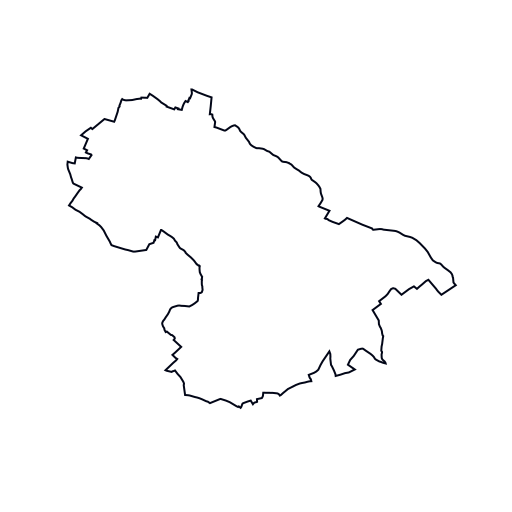 Craiesti, Mures, Romania (Equal Earth projection), rotated 10°
{"feature_id": "2599482B4139853337190", "entity_name": "Craiesti", "entity_type": "district", "adm_level": 2, "iso_a3": "ROU", "parent_name": "Romania", "parent_adm1": "Mures", "projection": "equal_earth", "projection_center": [24.443, 46.747], "detail": "fine", "context": "isolated", "style": "outline", "palette": "ink", "viewbox_px": 512, "rotation_deg": 10, "n_neighbors": 0, "source": "geoboundaries", "source_scale": "gbopen_adm2", "svg_char_len": 6100}
<svg xmlns="http://www.w3.org/2000/svg" viewBox="0 0 512 512"><g transform="rotate(10 256 256)"><path d="M457.8,250.1L455.7,248.4L455.1,247.8L453.8,243.1L453.2,242.3L453.0,241.4L452.1,239.9L450.5,238.3L447.5,236.7L443.7,234.9L442.2,234.0L439.8,232.1L438.4,231.4L435.8,231.4L434.7,231.2L433.4,230.7L430.9,229.6L429.3,228.0L428.5,227.2L424.4,222.2L421.1,219.3L415.0,214.9L411.2,212.6L406.7,210.9L404.3,210.5L400.7,210.3L399.1,210.2L397.1,209.6L393.2,208.0L391.3,207.5L389.7,207.2L387.9,207.2L377.0,207.9L375.2,207.7L373.0,208.0L367.0,209.8L366.4,209.7L365.5,208.7L355.3,206.7L339.0,202.7L337.4,204.8L335.6,206.7L332.1,210.2L325.5,209.1L321.1,208.0L320.7,207.6L319.9,207.2L318.9,207.2L318.5,207.3L317.3,207.0L320.5,198.7L309.7,196.4L308.9,196.1L310.3,193.0L311.7,189.3L311.7,188.1L311.2,186.8L309.1,183.2L308.5,181.5L308.0,179.5L307.8,178.7L306.5,177.0L305.2,175.7L303.1,174.0L301.8,173.2L299.5,172.1L297.7,171.3L297.2,170.8L296.2,169.3L295.4,168.6L294.2,168.0L292.8,167.6L289.1,166.9L286.7,166.1L285.4,165.5L283.5,164.4L281.1,163.5L278.7,162.5L278.1,162.2L275.4,160.1L274.5,159.6L272.6,159.0L272.5,158.8L269.6,158.3L266.5,158.5L265.3,158.4L264.2,157.7L261.2,155.4L260.1,154.7L258.2,154.1L256.2,153.7L255.2,153.4L251.1,151.0L248.6,150.6L245.4,149.4L243.9,149.2L240.5,149.3L238.1,149.7L237.2,149.6L234.5,148.8L232.2,147.8L230.9,146.9L230.3,146.3L229.3,144.8L225.4,141.3L223.4,138.7L222.7,138.1L219.9,136.5L218.7,135.6L217.4,133.7L216.5,132.8L215.4,132.1L212.6,130.9L211.3,131.4L209.8,132.3L208.5,133.3L204.7,137.2L203.7,137.9L202.8,137.9L194.9,136.4L192.7,136.2L192.5,131.1L192.2,130.5L189.8,127.8L189.0,126.5L188.4,124.3L187.0,124.1L185.9,124.4L185.4,116.3L184.7,107.5L180.0,106.8L170.1,104.9L164.1,103.1L163.5,103.2L164.5,106.4L164.6,106.9L164.6,107.9L163.7,112.1L163.0,111.9L162.7,113.4L162.2,115.2L162.6,115.3L162.1,116.3L159.7,115.6L158.7,117.9L158.2,119.7L157.8,121.8L157.5,125.0L153.7,125.0L153.9,124.2L150.8,123.7L150.0,125.8L142.0,124.4L141.9,123.6L135.9,121.2L134.7,120.3L131.9,118.7L126.5,116.1L123.1,114.7L121.5,119.1L115.6,119.9L115.5,121.1L114.4,121.2L111.1,122.2L107.5,123.7L106.6,124.0L102.3,125.0L101.0,125.3L99.2,125.3L97.8,125.1L97.0,124.7L96.4,126.0L96.0,128.9L95.4,131.6L95.7,132.5L94.8,134.1L94.8,136.2L94.7,138.2L93.4,146.9L93.0,148.4L83.0,147.4L72.8,159.4L71.1,158.4L66.6,162.8L63.6,166.5L62.8,167.5L70.1,169.8L67.7,180.1L71.3,181.2L70.5,183.6L72.7,184.2L75.9,184.6L76.5,185.2L74.5,189.5L73.0,189.2L71.5,189.2L64.1,190.2L62.7,190.3L61.5,190.2L61.4,196.3L59.0,196.4L54.2,195.8L54.4,198.8L55.4,201.9L56.0,203.2L58.9,207.8L60.2,210.6L61.2,212.3L62.6,215.1L63.2,216.0L63.7,216.4L72.6,218.9L71.8,220.6L70.9,221.8L69.2,225.3L67.5,229.0L66.5,230.9L65.6,233.5L64.2,236.1L63.1,238.7L66.5,239.9L70.2,241.8L74.5,243.1L78.1,244.9L80.6,246.3L81.8,246.8L85.9,248.2L87.4,249.0L90.8,250.4L93.6,251.1L93.4,251.5L96.5,253.0L98.5,254.4L101.6,257.3L105.1,262.0L109.6,267.3L110.5,268.7L111.8,270.4L114.5,270.9L121.0,271.7L126.1,272.3L128.9,272.4L134.4,273.0L136.0,272.7L146.9,269.1L148.9,262.9L152.8,260.8L153.2,258.0L153.9,258.0L154.0,254.3L156.2,254.7L157.9,246.9L158.3,246.8L160.8,247.9L165.4,250.2L168.4,251.3L170.2,252.1L172.1,253.2L173.6,255.0L175.3,256.2L176.1,257.2L176.5,258.0L179.2,260.9L179.8,261.4L180.4,261.7L183.4,262.7L184.2,263.1L185.7,264.3L186.0,264.9L186.5,265.3L188.1,266.4L192.1,268.7L195.1,270.8L196.3,271.8L199.1,274.5L199.4,274.4L201.0,275.4L201.6,275.2L202.2,275.5L202.4,275.9L202.3,276.4L202.6,278.5L203.2,280.8L203.5,281.8L204.6,283.5L206.5,285.8L206.4,286.0L206.7,287.0L206.6,287.8L206.4,288.3L206.5,288.7L207.0,289.0L207.0,290.3L207.5,293.0L207.8,294.1L208.4,295.2L208.6,296.2L209.3,298.7L208.9,301.1L208.1,301.8L207.6,302.1L205.9,302.4L206.2,307.9L206.4,308.4L206.4,309.0L206.4,310.2L206.2,310.6L203.8,313.3L201.7,315.3L199.1,317.3L194.2,317.6L191.4,318.0L189.0,318.1L187.5,318.5L184.1,320.2L182.8,320.9L181.9,321.6L181.0,322.9L180.7,323.6L180.2,326.0L179.3,328.7L177.7,332.1L176.7,334.6L176.0,335.7L175.6,336.8L175.3,338.2L175.4,339.0L175.7,339.7L176.5,341.2L177.5,342.4L178.2,343.1L178.7,344.6L180.3,346.6L181.3,345.9L185.9,348.5L187.2,348.5L189.8,350.1L190.3,351.1L190.1,352.0L189.5,353.0L198.1,358.5L193.1,365.2L190.9,367.9L194.4,370.3L196.3,371.1L195.4,372.7L193.1,375.5L186.7,384.2L187.8,384.5L193.1,384.8L193.3,384.5L193.7,384.1L194.9,383.6L196.1,382.8L199.3,385.8L202.6,388.3L206.2,392.4L207.2,394.0L207.3,394.7L207.2,395.6L210.3,405.2L213.4,404.9L215.0,404.9L220.4,405.5L222.6,405.6L225.0,405.9L227.8,406.5L232.3,407.7L233.8,407.8L236.2,408.9L245.1,403.3L246.0,402.9L251.4,403.6L255.5,404.5L262.8,407.3L264.6,407.8L265.2,407.1L267.2,408.2L267.7,407.2L267.9,406.1L268.1,404.8L268.4,403.7L268.9,403.2L273.0,400.8L275.9,399.3L278.7,402.5L279.4,401.2L279.8,400.8L280.2,400.5L282.2,399.6L282.4,399.4L281.8,396.8L286.4,394.9L287.0,393.3L287.1,392.3L286.9,389.4L296.2,387.9L300.8,387.6L302.0,387.9L303.0,388.5L303.7,389.3L304.7,388.5L306.4,386.3L310.6,381.4L317.7,376.1L321.2,374.0L323.1,373.2L326.3,372.0L328.1,371.1L330.2,370.2L332.2,369.7L331.6,368.3L331.0,367.4L330.5,367.1L329.8,366.2L328.6,363.9L333.4,361.0L335.4,359.3L337.1,357.2L338.5,352.1L339.9,348.1L344.8,337.2L346.2,339.6L346.8,342.3L347.0,344.2L348.8,350.2L349.9,351.4L352.7,355.3L354.8,358.7L355.3,360.3L359.8,358.2L364.0,355.9L367.6,354.6L373.0,350.6L365.4,347.1L366.8,342.0L369.6,337.5L372.6,330.6L375.4,329.2L376.3,328.9L377.1,328.7L377.7,328.8L380.6,330.2L385.8,332.5L387.9,333.7L389.4,334.8L390.0,335.4L390.9,336.5L392.1,337.2L395.9,338.5L396.6,338.5L399.7,339.1L402.3,339.3L401.9,338.5L400.9,337.5L398.6,336.1L398.0,335.4L397.5,334.5L396.8,331.4L396.8,330.2L396.9,329.4L396.8,328.8L396.6,328.3L396.2,328.0L395.8,327.4L395.4,323.3L395.5,320.8L395.2,315.2L395.2,312.8L394.5,312.2L393.6,310.2L393.2,308.7L392.6,307.3L391.2,305.0L390.4,304.2L388.9,301.8L388.1,298.2L380.2,289.0L387.3,281.5L385.1,279.1L390.4,273.3L391.2,272.2L392.3,270.5L393.5,267.7L394.8,265.1L396.6,263.9L398.9,264.1L406.0,268.9L412.5,262.0L416.8,258.5L420.2,260.4L422.4,257.6L424.4,255.3L427.7,251.2L429.9,249.5L439.0,257.0L440.2,258.2L441.6,259.4L445.3,262.0L457.8,250.1Z" fill="none" stroke="#020617" stroke-width="2"/></g></svg>